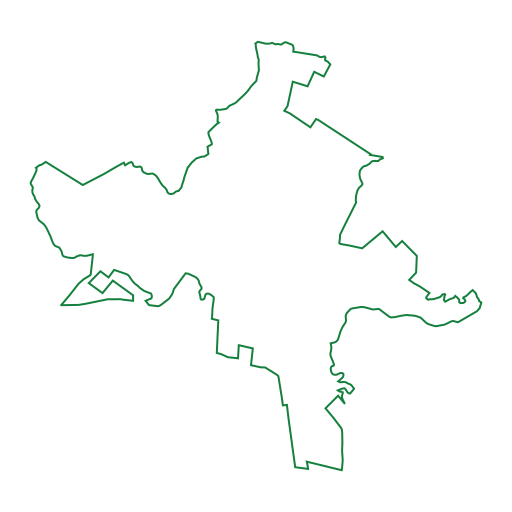 Avram Iancu, Bihor, Romania (orthographic projection)
{"feature_id": "2599482B98279949675943", "entity_name": "Avram Iancu", "entity_type": "district", "adm_level": 2, "iso_a3": "ROU", "parent_name": "Romania", "parent_adm1": "Bihor", "projection": "orthographic", "projection_center": [21.526, 46.667], "detail": "fine", "context": "isolated", "style": "outline", "palette": "green", "viewbox_px": 512, "rotation_deg": 0, "n_neighbors": 0, "source": "geoboundaries", "source_scale": "gbopen_adm2", "svg_char_len": 6010}
<svg xmlns="http://www.w3.org/2000/svg" viewBox="0 0 512 512"><path d="M481.3,302.6L479.0,300.9L479.0,300.1L478.3,298.7L477.1,297.2L475.9,293.3L472.7,290.1L471.3,291.2L466.9,295.4L465.7,296.3L463.4,297.4L463.2,298.2L465.0,299.8L465.4,300.8L465.2,301.5L464.6,302.2L463.1,303.0L460.4,303.1L459.3,302.3L459.2,299.8L457.6,297.9L455.2,295.9L454.2,297.4L453.1,298.1L449.7,299.2L445.2,301.7L444.8,301.4L444.3,300.3L443.9,299.9L443.9,299.3L444.4,297.9L444.4,296.4L445.2,294.7L444.8,294.1L442.7,294.4L442.1,294.7L441.6,295.7L439.9,297.1L434.4,298.9L433.2,299.2L429.4,299.3L428.3,299.8L426.5,298.5L426.2,298.2L426.2,297.6L426.4,297.1L429.4,292.9L419.9,286.5L413.8,283.2L409.2,279.9L416.1,272.7L416.8,255.9L402.1,241.0L395.8,247.0L382.6,231.3L362.2,248.3L349.3,245.5L340.6,244.0L339.3,243.2L340.0,237.4L340.0,234.9L342.8,229.0L356.2,202.3L355.8,201.1L355.9,197.7L356.1,195.6L357.1,191.6L357.5,190.4L358.5,188.6L359.4,187.4L361.5,185.6L362.4,184.2L362.4,183.3L360.3,179.2L359.6,175.9L359.5,174.0L359.8,171.5L360.2,170.2L361.9,168.0L363.4,166.6L364.2,166.1L366.3,165.7L367.3,165.1L369.4,163.8L372.0,161.3L374.1,160.9L377.3,161.1L378.3,161.0L380.2,159.2L382.8,158.3L382.6,157.0L370.1,154.9L370.6,154.2L318.0,119.8L316.8,119.4L316.1,119.0L310.4,127.3L289.7,113.3L284.3,110.8L287.5,106.2L292.8,81.7L307.6,86.3L314.2,71.8L323.8,76.5L330.3,64.4L327.7,61.6L325.1,60.3L325.0,59.8L325.5,57.5L325.0,56.9L324.4,56.8L324.4,56.5L321.5,57.1L320.3,57.1L319.2,56.7L317.1,55.4L294.5,51.8L293.3,51.7L293.6,48.1L293.4,47.1L292.9,45.6L292.4,44.9L286.0,42.3L285.0,42.3L284.2,42.6L281.5,44.4L280.6,44.5L277.9,44.0L275.5,44.3L272.1,42.9L269.1,43.7L265.8,43.7L258.0,41.8L255.4,43.5L255.7,44.4L256.0,48.0L257.5,54.6L257.9,57.5L258.7,59.6L258.5,63.6L258.9,70.2L256.8,77.7L256.4,80.8L251.3,86.1L247.9,90.8L245.8,93.2L236.2,102.3L234.6,103.4L229.4,105.8L227.1,108.3L225.4,109.0L220.1,109.8L216.6,109.7L216.0,110.1L216.0,110.9L216.9,112.8L217.5,114.2L217.8,117.1L217.5,121.6L218.9,122.6L216.7,124.1L213.3,127.3L208.4,132.2L208.4,132.9L208.8,135.2L211.5,142.0L211.9,143.9L211.6,144.5L208.7,146.0L207.5,146.8L207.7,147.7L208.1,152.0L208.4,153.7L208.1,154.2L204.7,156.3L204.1,156.6L202.0,156.6L196.4,158.4L191.8,162.5L189.6,165.2L188.8,166.5L187.9,167.1L184.4,177.0L183.1,182.1L182.6,183.2L181.3,187.6L178.5,191.0L177.5,191.0L175.7,191.7L173.9,193.3L171.7,194.0L169.8,193.9L168.4,193.3L167.5,192.3L166.6,189.8L165.1,187.8L162.8,185.8L161.0,183.4L157.9,178.2L156.1,175.8L153.6,174.0L152.3,173.5L148.8,174.0L146.9,173.8L143.9,172.5L142.7,171.3L142.2,170.4L141.7,167.9L141.1,167.1L140.0,166.5L137.1,167.0L134.8,166.6L133.5,165.8L132.5,163.0L131.4,162.0L128.7,163.0L125.1,165.3L123.9,162.7L117.3,166.2L104.5,173.7L82.8,185.0L45.7,161.9L42.8,163.9L40.8,165.0L39.6,165.1L35.9,167.8L36.5,168.4L36.5,170.5L36.3,171.1L33.2,177.8L31.0,181.8L30.7,183.0L30.8,183.7L31.1,184.5L32.2,186.1L32.9,187.8L32.3,190.2L32.4,192.1L32.8,193.7L34.7,197.0L34.9,198.5L35.5,199.6L36.7,201.6L38.7,204.0L39.3,205.2L39.5,205.9L39.2,207.1L38.6,208.1L37.1,209.6L36.6,210.4L36.2,211.7L36.4,212.7L37.6,217.9L39.0,220.4L43.9,224.3L45.3,226.1L46.2,227.5L48.5,232.1L49.2,233.9L50.2,235.7L52.7,242.3L53.6,244.1L55.0,245.8L59.0,247.5L59.8,248.3L61.6,251.5L62.3,254.4L62.7,255.3L63.2,256.0L64.1,256.5L67.5,257.5L71.8,258.0L73.2,258.0L74.6,257.7L76.8,256.4L80.1,255.2L84.6,255.9L86.0,255.8L87.1,255.7L92.8,254.2L92.7,256.7L90.7,274.6L90.1,275.3L83.7,279.2L78.5,283.8L69.9,294.8L61.3,305.0L61.7,305.2L78.6,304.9L85.5,303.8L107.5,299.3L120.4,299.2L123.2,299.7L133.1,300.8L133.1,295.3L112.8,280.6L102.5,293.1L88.8,283.1L100.4,271.3L108.6,277.4L114.1,269.9L125.8,273.9L127.8,274.8L129.3,276.4L132.4,281.0L134.7,283.5L138.1,286.1L139.7,287.8L143.8,290.7L146.5,291.9L150.8,293.4L151.5,294.6L151.8,295.8L151.8,297.3L151.3,298.4L145.6,300.8L148.7,304.7L149.1,305.1L157.7,306.2L158.5,306.1L159.3,305.9L161.5,304.5L169.0,298.7L169.6,298.0L172.1,294.2L172.6,293.1L174.0,288.9L185.6,273.3L188.5,273.8L195.2,276.9L197.4,278.6L198.1,279.6L198.7,280.7L199.3,283.2L199.6,283.9L201.6,287.5L201.6,288.5L201.3,289.1L199.6,291.0L199.3,292.3L200.3,296.1L200.5,298.5L201.0,299.4L201.3,299.6L202.1,299.7L204.1,299.0L204.4,298.5L205.4,294.8L205.9,294.1L207.1,293.6L208.9,293.7L209.5,294.0L211.9,295.5L213.8,297.3L213.7,299.5L212.5,308.3L212.1,316.9L211.8,318.8L218.3,320.4L216.8,353.0L221.1,354.1L227.8,357.2L238.0,358.3L238.8,345.2L252.8,348.4L251.0,365.2L260.6,367.3L265.2,367.5L276.9,374.8L278.2,376.0L278.5,376.9L279.7,384.4L281.8,397.4L282.9,405.4L286.9,404.9L288.5,418.4L295.2,467.2L308.1,468.9L307.9,467.3L306.8,461.7L341.7,470.2L342.1,467.6L342.7,460.2L342.1,450.9L342.3,444.1L342.4,443.9L342.4,443.5L342.2,432.8L341.9,429.8L341.4,428.4L340.8,427.5L333.0,417.3L325.5,408.3L338.1,395.7L344.9,403.9L342.6,399.4L341.9,397.0L342.0,396.0L342.3,394.6L342.8,393.1L342.7,392.3L341.5,391.8L339.8,391.6L337.9,390.4L342.0,388.7L344.0,388.3L344.9,388.5L345.7,389.5L347.7,392.6L349.4,393.5L350.1,393.5L353.7,389.3L354.0,388.4L353.0,387.4L352.1,386.0L351.1,384.9L350.1,384.3L347.5,383.3L346.2,382.4L345.2,382.1L343.8,381.9L340.3,382.3L338.2,381.4L342.4,377.7L343.0,376.8L343.4,375.5L343.5,374.5L343.3,373.8L342.6,373.3L341.9,373.0L340.8,373.0L339.9,373.2L336.9,374.6L335.8,374.8L334.3,374.7L333.2,374.4L332.7,374.1L331.7,372.8L331.3,371.9L330.7,369.5L330.8,368.2L331.1,367.1L332.2,366.0L333.6,365.7L333.9,365.2L334.0,364.7L333.3,362.5L330.9,356.7L330.4,354.8L330.4,353.3L331.0,350.9L331.4,347.4L330.7,343.3L334.6,342.4L335.8,341.8L336.6,341.2L337.8,339.8L338.3,338.6L340.5,331.4L341.9,328.3L343.0,326.2L345.5,322.5L346.0,320.8L346.0,319.7L345.7,317.1L345.7,315.9L346.5,313.6L347.0,312.8L350.5,309.1L351.0,308.8L352.5,308.4L361.4,306.9L364.3,307.2L373.1,309.5L378.2,308.9L379.2,309.1L389.1,316.6L390.7,317.4L391.2,317.4L394.9,317.1L401.4,315.7L406.3,315.0L413.5,315.6L415.9,316.0L420.6,317.6L425.7,322.4L427.0,323.4L428.2,324.0L432.4,325.4L435.0,326.1L436.1,326.2L444.7,324.6L451.5,321.3L452.9,321.0L454.2,321.2L457.4,322.2L458.6,321.9L477.0,311.2L479.7,308.1L481.3,302.6Z" fill="none" stroke="#15803d" stroke-width="2"/></svg>